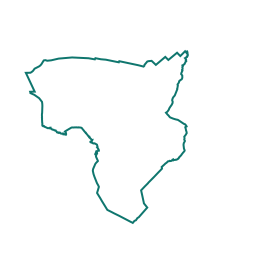 Varadia, Caras-Severin, Romania, rotated 161°
{"feature_id": "2599482B29899097126407", "entity_name": "Varadia", "entity_type": "district", "adm_level": 2, "iso_a3": "ROU", "parent_name": "Romania", "parent_adm1": "Caras-Severin", "projection": "natural_earth1", "projection_center": [21.546, 45.093], "detail": "fine", "context": "isolated", "style": "outline", "palette": "teal", "viewbox_px": 256, "rotation_deg": 161, "n_neighbors": 0, "source": "geoboundaries", "source_scale": "gbopen_adm2", "svg_char_len": 5543}
<svg xmlns="http://www.w3.org/2000/svg" viewBox="0 0 256 256"><g transform="rotate(161 128 128)"><path d="M206.6,213.4L204.4,192.8L208.7,194.1L208.7,193.6L208.9,192.8L205.8,189.9L202.3,185.1L200.8,180.7L201.2,178.7L201.8,176.7L204.4,169.9L204.7,169.5L205.3,167.9L205.7,166.3L206.0,165.9L206.1,165.1L206.4,164.5L206.6,163.7L207.4,161.0L207.4,160.5L208.0,158.9L208.2,158.1L207.7,157.4L207.4,157.4L207.0,157.4L206.9,157.3L206.8,157.2L206.7,156.5L206.6,156.4L206.3,156.3L206.0,155.9L205.7,155.7L205.3,155.3L205.1,155.1L204.0,154.0L203.6,153.8L202.9,153.7L202.4,153.4L202.1,153.5L201.7,153.7L201.4,153.6L201.8,153.0L201.8,152.9L201.7,152.8L201.2,152.8L201.0,152.7L200.6,152.3L200.6,152.1L200.5,151.8L200.4,151.5L200.1,151.2L199.5,150.8L198.8,150.5L198.4,149.8L198.2,149.6L197.9,149.5L197.7,149.4L197.3,149.3L197.3,149.1L197.2,149.0L197.1,148.7L197.0,148.4L196.6,147.8L196.5,147.4L196.6,147.1L196.3,146.7L195.7,146.4L195.5,146.5L195.3,146.5L194.9,146.3L194.8,146.1L194.8,145.9L194.7,145.9L194.2,146.0L193.9,145.9L193.8,145.7L193.9,145.4L193.8,145.2L193.4,144.7L192.7,144.4L192.5,144.2L192.4,144.1L191.4,144.1L191.4,143.9L191.6,143.7L191.2,143.3L190.9,143.5L190.8,143.4L190.6,143.2L190.8,142.9L190.3,142.7L189.6,142.8L189.5,142.7L189.3,142.1L189.0,142.0L188.9,141.9L188.5,142.3L188.4,142.8L188.3,143.5L188.3,144.0L188.5,144.3L188.8,145.2L188.1,145.4L185.8,145.9L181.4,146.8L181.2,146.8L180.3,146.6L179.1,146.1L178.5,146.0L177.9,145.8L176.5,145.4L176.1,145.1L175.3,144.9L174.9,144.7L174.5,144.7L174.3,144.5L173.2,144.1L172.5,143.7L172.1,143.5L171.8,143.1L171.6,142.8L171.5,142.5L171.3,141.7L170.6,140.0L170.5,139.5L170.1,138.5L170.0,138.3L169.9,138.0L169.6,137.6L169.6,137.2L169.4,137.2L169.3,136.9L169.2,136.3L168.2,133.6L168.2,133.3L167.9,132.9L167.6,132.7L167.7,132.3L167.3,132.2L167.3,131.5L167.4,131.2L167.1,130.9L167.1,130.7L166.4,129.3L166.2,128.8L166.2,128.4L165.6,128.3L165.9,127.9L166.4,127.5L168.0,127.3L168.1,127.2L168.1,126.8L168.0,126.7L167.1,125.9L166.4,125.5L166.2,125.0L165.6,124.7L165.3,124.4L164.6,124.4L164.4,124.2L162.8,122.4L162.8,122.2L162.9,120.2L163.1,119.9L163.5,119.8L163.4,119.5L163.2,119.2L163.0,118.5L163.2,118.3L163.2,118.1L162.9,117.9L162.9,117.4L162.8,117.1L162.8,116.8L162.8,116.6L162.9,116.1L163.3,116.2L163.7,116.2L164.1,116.1L164.8,115.8L165.0,115.9L165.4,116.4L165.5,116.4L166.3,115.3L166.3,115.2L166.1,114.9L165.6,114.6L165.5,114.4L165.4,114.3L165.4,114.2L165.5,114.0L166.2,114.4L166.4,114.4L166.8,114.3L167.1,114.4L167.3,114.2L167.2,114.0L167.0,113.7L166.6,113.5L166.6,113.4L166.7,113.2L167.2,113.1L167.0,112.8L167.0,112.5L167.2,112.1L167.6,111.4L167.2,107.1L167.2,106.8L167.2,106.6L167.5,106.4L169.4,105.5L170.7,104.6L170.9,104.4L172.2,102.9L172.8,102.3L174.4,100.5L175.2,99.0L175.6,95.6L175.6,92.8L175.3,86.0L174.8,83.3L174.7,81.8L178.3,76.8L178.4,76.5L177.1,70.8L176.5,67.6L174.2,57.3L170.7,53.7L169.0,51.9L165.0,47.9L154.4,36.7L152.1,38.1L150.5,38.2L148.4,39.8L146.9,40.1L135.7,46.5L137.5,51.6L137.4,52.0L136.5,59.6L135.9,64.8L131.1,67.3L127.0,69.3L126.5,69.7L119.2,73.3L113.6,76.2L111.4,77.3L109.1,78.5L109.0,79.4L108.8,79.7L108.8,80.2L105.3,81.7L104.1,82.3L103.1,82.5L100.9,83.5L100.3,83.3L99.9,83.2L99.2,83.4L98.6,82.9L97.9,82.8L97.0,83.0L96.2,83.6L95.7,83.6L95.9,83.0L95.8,82.7L95.4,82.8L94.7,82.7L94.4,82.7L94.0,82.5L93.4,82.5L92.9,82.3L92.6,82.4L92.3,82.3L91.9,82.3L91.1,82.4L90.9,82.6L90.6,82.6L90.0,82.8L89.6,83.4L89.2,83.5L88.6,84.0L87.9,84.2L87.5,84.5L86.8,84.8L86.2,85.2L86.0,85.5L85.1,86.0L84.1,86.7L83.7,86.9L82.3,87.7L81.8,88.2L81.7,88.8L81.8,90.3L81.0,94.0L80.2,95.5L79.0,96.6L78.4,97.2L78.5,97.9L78.6,98.7L78.0,99.6L77.7,100.9L77.6,101.5L76.0,102.5L74.2,104.0L74.0,104.8L73.9,105.7L73.9,107.1L73.7,108.0L73.6,110.1L73.0,110.3L72.1,110.4L72.2,111.3L72.8,112.9L73.0,113.1L73.4,113.3L73.9,113.9L74.8,115.0L75.0,115.3L76.9,117.8L77.9,119.1L78.4,119.6L79.3,120.1L80.8,121.1L82.4,122.3L84.7,124.3L85.2,125.3L85.6,126.6L86.2,127.7L87.1,130.1L86.0,130.4L85.3,130.7L83.6,131.9L82.4,133.3L81.8,133.7L81.0,134.4L79.8,135.2L79.4,135.5L78.0,136.8L77.7,137.2L77.2,138.3L77.2,138.7L77.2,139.4L77.2,139.9L76.8,140.5L76.1,141.5L75.1,142.4L73.2,143.5L68.8,148.6L68.8,149.0L68.7,149.2L68.5,149.3L67.0,152.0L67.1,152.4L67.0,153.0L66.8,153.2L66.1,153.6L65.5,154.1L65.2,154.4L64.9,154.7L64.5,155.4L64.1,155.8L63.9,155.9L63.5,156.0L63.1,156.0L62.7,156.3L61.6,156.5L61.0,156.9L60.8,157.1L60.4,157.7L60.1,158.3L59.6,160.0L60.2,161.7L60.0,162.0L59.7,162.6L59.3,162.9L58.6,163.8L58.3,164.3L57.9,164.4L57.8,164.6L58.0,164.9L58.0,165.3L57.9,165.5L57.6,165.7L57.2,166.0L56.9,166.8L56.9,167.7L56.8,167.9L56.4,168.1L55.8,168.8L56.2,169.3L56.2,169.5L55.3,169.6L54.5,169.9L54.0,169.9L53.7,170.1L53.1,170.8L52.8,171.0L52.5,171.3L52.2,171.7L51.1,172.3L51.1,172.5L51.4,173.0L51.4,173.3L51.2,173.7L50.9,173.7L50.8,173.8L50.8,174.0L50.9,174.7L51.3,175.5L49.9,175.8L49.7,175.9L49.5,176.1L49.3,175.9L49.1,175.9L48.9,176.1L48.8,176.3L48.5,176.4L48.4,176.6L48.2,177.1L48.0,177.3L47.8,177.3L47.7,177.4L47.7,177.7L47.5,178.2L47.5,178.3L47.5,178.7L47.9,179.1L47.4,179.5L47.2,179.9L47.2,180.3L47.2,180.5L47.1,180.8L47.2,181.2L48.5,180.8L49.0,182.0L55.1,179.0L57.1,183.2L67.7,179.2L69.6,183.1L81.1,178.6L83.8,183.8L86.8,184.5L88.1,184.6L91.9,182.3L92.3,181.5L93.3,181.0L96.3,183.0L98.0,184.1L114.5,194.0L115.3,193.1L126.7,199.8L131.2,201.8L136.1,204.6L137.0,203.7L142.6,206.8L157.9,212.9L158.7,213.1L171.0,216.2L178.6,217.0L182.5,217.9L183.8,218.9L184.4,219.1L184.8,219.2L185.7,219.3L189.1,216.5L190.5,215.7L192.0,215.2L197.0,214.5L199.1,213.0L200.6,212.4L202.2,212.0L206.6,213.4Z" fill="none" stroke="#0f766e" stroke-width="2"/></g></svg>